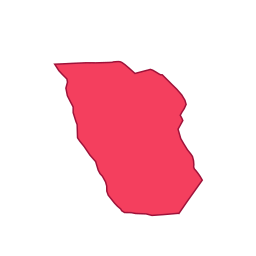 outline of Sirba, Western Darfur, Sudan, rotated 46°
{"feature_id": "16777658B17269795285399", "entity_name": "Sirba", "entity_type": "district", "adm_level": 2, "iso_a3": "SDN", "parent_name": "Sudan", "parent_adm1": "Western Darfur", "projection": "mercator", "projection_center": [22.421, 13.82], "detail": "fine", "context": "isolated", "style": "filled", "palette": "rose", "viewbox_px": 256, "rotation_deg": 46, "n_neighbors": 0, "source": "geoboundaries", "source_scale": "gbopen_adm2", "svg_char_len": 1288}
<svg xmlns="http://www.w3.org/2000/svg" viewBox="0 0 256 256"><g transform="rotate(46 128 128)"><path d="M173.0,189.9L177.1,189.9L181.2,189.5L183.1,190.0L186.4,189.2L191.1,184.5L192.5,183.5L194.8,181.9L202.4,174.6L207.5,171.5L215.2,162.3L224.7,150.6L224.8,150.6L221.8,135.8L219.4,123.0L217.1,110.8L213.1,109.8L210.8,109.4L208.7,109.1L205.9,108.8L203.5,108.7L201.7,107.9L200.1,106.1L197.2,103.7L196.4,103.2L193.2,101.4L190.4,100.9L185.0,100.4L177.7,98.8L172.2,97.4L163.6,92.8L160.7,83.4L158.4,82.5L155.1,81.6L154.0,78.0L153.1,74.1L151.4,69.8L147.6,67.8L141.6,66.4L134.0,66.0L126.7,66.2L114.8,66.4L113.6,66.4L112.2,67.7L111.4,67.9L110.5,68.2L107.0,69.1L103.8,70.0L103.1,70.3L102.0,70.9L101.4,71.2L100.8,72.3L100.2,73.5L99.9,73.9L93.6,85.1L86.6,85.6L80.3,86.2L77.0,86.8L75.3,87.4L73.9,88.4L72.7,89.7L71.7,90.9L70.4,92.5L69.8,93.7L67.7,96.1L58.7,106.0L56.0,108.7L54.5,110.3L52.8,112.0L51.5,113.4L49.9,115.2L42.9,123.1L36.7,130.2L31.2,136.4L31.8,136.5L38.7,137.9L43.8,138.0L50.3,137.9L53.0,139.7L56.2,145.0L62.7,149.2L68.5,151.0L74.7,152.8L78.9,156.8L86.9,160.8L90.2,162.2L100.0,171.1L104.0,171.8L110.8,172.4L121.1,174.2L129.7,174.6L137.6,178.7L141.4,179.8L144.9,179.9L151.2,181.6L154.9,183.6L158.7,187.1L162.6,188.9L173.0,189.9Z" fill="#f43f5e" stroke="#9f1239" stroke-width="1.5"/></g></svg>